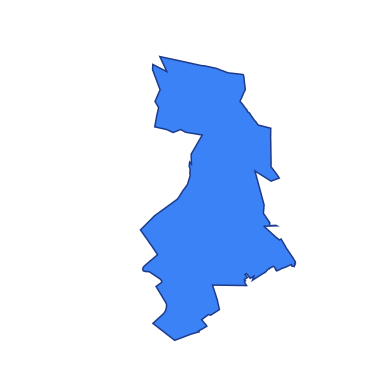 the district of Cuilápam de Guerrero, Oaxaca, Mexico, rotated 49°
{"feature_id": "50627088B62006503401579", "entity_name": "Cuilápam de Guerrero", "entity_type": "district", "adm_level": 2, "iso_a3": "MEX", "parent_name": "Mexico", "parent_adm1": "Oaxaca", "projection": "orthographic", "projection_center": [-96.785, 17.003], "detail": "fine", "context": "isolated", "style": "filled", "palette": "blue", "viewbox_px": 384, "rotation_deg": 49, "n_neighbors": 0, "source": "geoboundaries", "source_scale": "gbopen_adm2", "svg_char_len": 4625}
<svg xmlns="http://www.w3.org/2000/svg" viewBox="0 0 384 384"><g transform="rotate(49 192 192)"><path d="M195.6,90.7L192.1,93.1L191.2,93.7L190.2,94.5L189.9,94.7L188.6,95.5L188.1,95.9L187.2,96.5L186.5,97.0L186.1,97.3L184.8,98.2L184.2,98.1L183.6,98.1L182.8,98.0L182.1,97.8L181.8,97.8L181.4,97.8L180.0,97.8L178.3,97.8L175.1,97.5L172.4,97.2L171.8,97.1L170.0,96.8L168.9,97.1L168.0,97.4L167.6,97.2L165.7,96.7L162.6,96.7L160.9,96.5L160.2,96.4L157.4,96.2L155.5,96.5L154.8,95.8L153.6,93.1L153.1,92.1L151.4,88.6L150.2,85.8L149.6,84.5L145.4,81.7L138.8,77.1L137.1,76.3L135.4,77.7L134.8,78.2L128.3,84.2L127.4,85.1L125.7,86.6L123.7,87.7L120.5,89.4L119.3,90.1L114.7,92.5L107.2,98.1L104.6,100.1L103.1,101.7L68.7,127.4L84.6,132.0L79.9,133.9L70.0,137.9L73.8,141.5L93.9,149.0L99.4,160.5L106.4,161.8L111.0,168.2L118.4,177.4L128.3,170.1L134.7,167.2L137.4,159.6L142.9,157.5L151.2,150.6L155.0,147.5L155.7,146.9L162.9,167.8L166.6,170.9L169.7,173.4L170.8,174.3L167.9,174.1L168.8,175.3L169.2,175.7L171.0,177.4L173.4,178.3L175.4,180.3L176.8,181.6L178.4,182.6L183.4,190.6L184.9,197.4L185.1,198.2L185.4,199.3L186.7,203.5L187.6,206.8L187.8,207.6L187.4,212.3L187.2,214.9L185.4,235.6L185.4,236.0L185.5,237.6L186.4,249.7L186.6,252.8L186.8,255.8L195.8,256.7L197.0,256.8L200.8,257.2L203.0,257.5L205.1,257.7L205.8,257.7L210.3,258.3L216.7,259.1L216.7,264.5L216.6,267.5L216.6,270.3L216.6,273.9L216.6,274.6L216.6,275.2L216.6,275.8L216.6,276.3L216.7,277.2L216.8,278.0L217.3,278.9L217.7,279.7L218.5,280.1L219.3,280.5L220.3,280.1L221.2,279.5L222.6,278.2L224.0,276.6L237.3,273.0L238.1,273.2L239.1,273.1L239.8,273.8L240.3,274.3L240.0,277.7L239.7,281.1L258.2,284.3L259.9,284.8L261.9,286.5L264.1,289.5L265.1,292.8L265.5,307.7L292.6,302.4L298.4,286.6L300.7,281.5L302.2,278.4L301.7,278.3L301.2,278.3L301.6,276.2L301.7,275.8L302.2,273.8L302.4,272.4L302.6,271.3L302.8,270.2L303.0,269.3L303.1,268.9L302.8,268.8L302.3,268.7L301.6,268.6L296.8,268.6L294.7,268.5L294.8,267.4L294.8,266.2L294.9,265.9L294.9,265.3L294.9,265.0L295.0,263.9L295.1,263.4L295.1,262.3L295.2,261.9L295.2,261.4L295.2,261.1L295.2,260.9L295.3,260.1L295.5,259.9L295.8,259.7L296.4,259.3L297.1,258.8L297.2,258.7L297.3,258.6L297.3,258.3L297.4,257.7L297.4,257.4L297.5,256.9L297.5,256.7L297.7,255.4L297.8,255.2L297.8,254.7L297.9,254.1L298.0,253.6L298.1,253.0L298.1,252.6L298.2,252.4L298.2,251.8L298.3,251.2L298.4,250.8L298.5,250.0L298.7,248.5L298.5,248.3L298.1,248.1L297.5,247.8L289.6,243.5L285.5,241.8L284.8,241.4L284.2,241.2L283.9,241.1L283.5,240.9L283.1,240.8L282.7,240.6L282.3,240.4L282.0,240.3L280.6,239.7L279.9,239.4L279.3,239.1L278.0,238.6L275.7,237.6L277.2,235.9L278.5,234.5L279.1,233.8L279.6,233.2L280.4,232.3L280.7,232.0L283.1,229.3L283.7,228.6L284.0,228.3L285.7,226.4L286.8,225.2L288.0,223.8L289.0,222.7L291.1,220.4L291.3,220.2L292.5,218.8L294.2,216.9L295.4,215.5L296.3,214.5L297.1,213.7L297.9,212.8L298.4,212.2L294.0,211.4L294.1,209.9L292.4,209.9L292.9,206.4L289.0,206.2L289.3,204.4L295.4,204.7L296.1,200.5L298.3,204.3L298.8,200.6L299.3,197.1L299.7,194.6L299.8,193.5L300.0,192.5L300.2,191.5L300.3,191.3L300.3,191.2L300.5,190.3L300.6,189.5L300.6,188.2L300.3,186.3L300.2,185.9L300.4,184.0L300.5,184.0L300.4,183.7L301.6,179.1L302.6,179.1L303.4,179.2L303.7,179.2L304.5,179.3L305.4,179.3L305.3,179.7L307.1,179.9L307.3,179.3L307.5,178.6L307.7,178.1L307.9,177.3L308.2,176.2L308.5,175.0L308.7,174.1L308.8,173.9L309.1,173.2L309.7,171.6L310.3,170.3L310.3,170.2L311.2,166.8L311.7,165.2L311.8,164.9L311.9,164.6L313.4,165.3L314.1,164.6L314.5,164.2L315.3,163.8L315.1,163.6L314.7,162.8L314.6,162.5L314.1,161.2L313.6,161.5L313.2,160.8L312.8,160.1L312.5,159.8L312.1,159.7L311.1,159.6L310.8,159.6L309.4,159.3L308.5,159.1L308.1,159.0L305.7,158.8L304.0,158.5L303.7,158.5L297.7,157.8L297.1,157.8L295.4,157.4L285.9,155.6L285.6,157.5L282.8,158.0L281.8,158.2L281.5,158.3L278.6,158.6L278.3,158.7L277.9,158.7L277.1,158.8L275.7,159.0L273.2,159.2L272.2,159.4L271.2,159.5L270.2,159.6L268.1,159.8L265.9,160.1L265.3,160.2L265.2,159.9L265.6,159.4L265.8,159.2L268.5,155.9L271.8,151.8L273.3,150.1L273.0,150.2L272.7,150.3L272.5,150.5L272.2,150.6L272.0,150.8L271.9,151.0L271.6,151.3L271.5,151.5L271.4,151.6L271.1,152.0L270.8,152.3L270.7,152.5L270.3,153.0L268.1,155.6L267.4,154.8L266.8,154.0L266.2,153.4L265.7,153.7L265.3,153.3L254.9,152.1L253.1,150.2L251.3,148.4L249.1,146.1L217.4,130.7L235.7,125.2L238.7,117.0L235.6,116.6L230.8,116.2L224.8,115.8L222.1,113.4L215.9,108.2L213.5,106.2L212.2,105.1L210.8,103.9L209.5,102.7L209.4,102.7L208.5,102.0L206.2,100.0L205.6,99.5L203.9,98.1L202.7,97.1L202.1,96.7L201.3,95.9L201.2,95.8L200.8,95.4L200.1,94.8L197.7,92.7L197.1,92.2L195.6,90.7Z" fill="#3b82f6" stroke="#1e3a8a" stroke-width="1.5"/></g></svg>